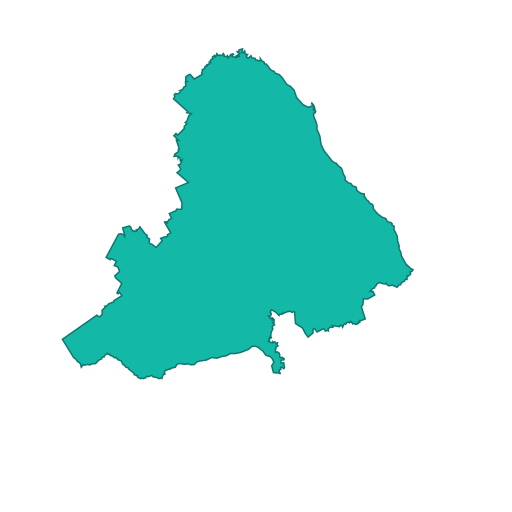 outline of Masterton District, Wellington, New Zealand, rotated 297°
{"feature_id": "76426892B14950908560920", "entity_name": "Masterton District", "entity_type": "district", "adm_level": 2, "iso_a3": "NZL", "parent_name": "New Zealand", "parent_adm1": "Wellington", "projection": "equal_earth", "projection_center": [175.891, -40.935], "detail": "fine", "context": "isolated", "style": "filled", "palette": "teal", "viewbox_px": 512, "rotation_deg": 297, "n_neighbors": 0, "source": "geoboundaries", "source_scale": "gbopen_adm2", "svg_char_len": 6138}
<svg xmlns="http://www.w3.org/2000/svg" viewBox="0 0 512 512"><g transform="rotate(297 256 256)"><path d="M433.9,170.2L432.2,171.1L431.1,170.2L431.1,168.0L430.3,167.1L431.7,165.4L430.7,162.2L432.2,160.6L429.2,159.5L428.6,158.6L429.6,156.6L431.7,157.0L431.0,154.9L433.6,152.8L431.2,152.1L431.0,151.0L434.4,150.0L432.1,147.4L430.0,147.7L429.6,146.5L428.9,147.4L429.2,149.7L427.4,149.0L426.3,150.5L425.5,149.7L426.3,148.2L425.1,147.5L425.2,149.1L423.7,147.9L422.8,144.0L423.7,143.6L425.4,144.5L425.7,143.7L424.3,142.2L419.9,141.3L421.5,139.5L420.2,139.1L419.4,136.9L420.8,136.3L421.5,134.9L420.0,134.8L418.5,133.7L418.5,132.0L417.3,131.1L418.5,129.3L414.9,129.6L414.7,128.9L415.8,128.0L413.5,126.8L412.1,128.1L411.0,126.9L409.0,126.6L407.8,127.9L407.4,126.3L405.6,127.2L404.2,125.4L403.0,126.1L402.9,125.3L401.2,124.5L400.0,125.4L397.6,123.5L396.2,124.5L394.7,124.3L393.4,125.5L385.6,120.6L387.9,115.0L387.2,113.9L383.9,112.1L379.8,114.0L380.0,115.3L378.9,114.2L375.3,116.4L374.0,115.1L370.9,115.0L369.0,113.2L369.1,114.0L367.1,113.9L364.7,112.6L364.3,110.6L362.6,109.9L361.3,111.3L358.6,111.1L353.7,129.6L352.3,129.2L353.5,133.8L350.5,132.4L345.0,133.2L342.8,132.3L342.3,134.4L338.8,133.2L337.2,134.2L328.1,131.4L328.9,129.1L325.9,128.2L323.9,134.5L323.1,132.4L316.6,139.0L315.8,138.3L313.8,139.5L309.9,137.4L307.5,137.8L309.0,140.1L309.0,141.5L308.0,142.1L309.0,142.1L309.4,143.2L306.4,145.5L308.1,146.5L303.6,147.0L301.8,145.4L299.6,149.2L297.9,149.4L294.4,147.8L290.8,162.4L280.1,153.5L269.7,166.0L263.8,168.6L261.7,164.0L260.0,164.1L254.4,159.5L251.2,163.7L248.7,161.8L247.2,162.0L246.2,161.2L245.3,162.0L244.9,161.6L245.4,159.4L244.7,159.1L237.9,169.5L234.7,167.4L233.9,168.1L232.2,167.4L231.6,165.9L228.4,163.0L227.1,165.5L218.2,163.1L219.2,158.1L218.9,155.8L219.5,154.7L222.8,153.5L223.1,150.3L225.0,149.7L225.4,147.1L229.3,139.3L226.7,139.2L225.1,137.6L225.0,138.3L224.0,138.3L223.2,137.4L223.2,136.0L222.1,135.6L223.3,132.8L224.9,131.3L225.3,129.6L220.5,124.4L214.6,129.9L213.7,130.2L215.0,128.2L214.4,125.3L212.9,123.6L186.6,123.1L186.5,127.8L188.0,127.8L187.9,134.1L183.1,134.0L183.6,137.8L180.3,141.5L174.2,139.2L172.8,140.8L170.7,148.8L159.9,148.9L159.8,150.4L161.7,150.9L159.8,154.5L151.6,149.6L150.2,150.0L148.7,148.2L147.6,147.9L147.0,146.7L143.9,145.7L142.6,144.1L142.1,145.0L137.7,143.5L134.2,145.5L131.2,144.5L130.5,143.3L131.1,141.1L93.9,121.3L82.7,139.7L82.3,142.4L80.9,144.9L80.4,148.5L77.6,150.8L80.7,151.5L81.0,153.0L82.9,155.1L83.6,157.5L85.5,158.9L87.3,161.9L91.6,163.1L94.3,165.2L95.8,164.6L97.1,166.5L99.0,166.4L102.0,167.9L101.2,169.0L102.0,170.4L101.1,171.5L101.7,172.2L101.1,176.4L102.1,177.2L100.9,180.0L101.4,183.4L98.8,186.9L99.1,188.3L97.9,190.4L98.3,192.9L97.5,193.7L96.3,200.1L94.9,201.4L95.6,204.7L94.6,205.0L94.2,206.4L94.4,209.0L95.3,209.9L95.7,211.5L97.5,213.0L99.1,213.0L99.4,214.7L102.2,217.2L101.6,219.2L102.9,223.5L102.5,224.9L104.1,226.6L104.0,227.7L108.0,227.2L109.5,228.5L110.7,227.2L112.5,227.1L115.5,229.5L115.9,230.8L117.5,231.3L120.2,234.6L123.7,234.8L125.7,237.1L127.0,241.4L129.2,244.6L129.5,247.4L131.4,250.4L134.5,251.2L136.7,253.3L140.6,258.9L145.4,262.6L147.2,267.6L151.4,271.6L153.5,274.8L157.6,277.6L159.4,281.4L163.3,286.3L169.5,291.8L173.6,293.4L175.5,296.8L175.6,299.1L174.3,305.7L172.0,309.8L172.8,314.5L171.8,317.3L169.3,320.2L165.3,319.8L160.0,324.5L162.3,330.0L161.9,331.4L164.1,328.8L165.1,328.5L166.3,329.6L167.8,328.5L168.7,329.0L168.3,331.9L169.6,332.0L173.6,329.0L171.9,327.3L173.2,326.0L174.6,325.8L176.2,328.0L177.2,327.8L177.6,325.3L176.5,324.3L176.7,323.1L179.0,321.8L180.3,320.1L180.1,318.1L179.1,317.5L179.3,316.9L181.5,315.7L182.6,315.9L183.6,314.9L185.9,316.4L186.7,314.7L189.2,314.7L187.1,314.1L188.1,311.6L187.0,311.0L187.3,309.9L186.4,310.3L185.9,309.5L185.6,305.9L186.6,306.5L187.7,305.3L190.2,306.8L190.5,306.6L189.7,305.1L191.6,305.5L194.1,304.3L198.9,304.0L200.4,302.5L203.2,303.7L203.9,302.5L204.0,300.4L204.6,302.3L207.4,301.1L207.7,300.4L206.5,300.3L206.2,299.4L208.2,299.2L208.1,298.1L206.7,297.3L208.2,294.4L208.8,296.0L209.6,296.2L211.7,295.8L212.4,294.1L215.2,294.3L214.9,299.4L213.4,303.5L214.8,303.3L215.6,305.3L217.2,305.5L216.6,305.9L220.5,309.1L222.3,311.7L222.1,313.7L223.7,314.9L223.6,315.7L213.7,321.9L213.0,330.1L209.3,335.2L207.4,339.3L213.2,341.7L216.7,340.2L218.0,340.9L216.0,345.0L221.7,348.9L222.0,349.5L220.6,352.0L222.3,353.6L222.2,354.5L224.0,353.4L226.3,354.5L227.5,356.9L228.7,355.6L230.9,362.4L232.7,362.6L232.8,364.4L231.9,365.5L235.2,365.3L236.0,366.0L235.8,366.9L237.8,366.9L238.9,368.5L238.8,369.5L240.5,369.6L240.8,370.5L240.1,370.8L240.4,371.6L239.4,373.0L240.6,374.2L240.2,375.6L241.0,376.1L240.8,376.7L242.6,377.9L243.6,377.2L244.1,378.5L245.7,377.7L245.9,378.7L249.5,381.9L258.8,372.8L261.1,373.4L266.6,371.2L268.4,375.0L275.2,379.5L277.6,376.3L276.7,375.3L277.5,374.6L276.7,373.7L280.1,374.8L281.3,376.2L283.0,375.7L284.0,376.5L286.1,376.3L288.5,378.3L289.1,382.3L289.8,383.9L290.8,384.4L289.6,386.5L290.0,388.4L291.9,390.4L292.2,395.9L295.2,396.6L295.9,397.8L298.7,397.9L300.9,399.7L302.9,399.6L303.7,401.2L307.0,399.6L307.3,401.0L310.2,402.0L311.9,400.5L313.1,401.9L315.1,402.1L315.1,399.5L316.5,394.7L316.1,394.5L322.2,385.4L325.2,383.2L327.3,380.2L330.0,379.0L333.8,375.3L337.8,372.8L342.4,366.7L345.1,365.7L345.6,362.9L346.6,362.6L347.1,360.6L346.3,359.1L346.5,357.0L348.3,354.7L347.8,350.6L348.8,345.2L351.1,339.5L354.0,337.5L354.9,336.0L354.7,333.1L355.9,331.5L356.2,329.2L358.6,325.2L360.5,324.2L359.5,321.6L359.8,317.5L360.6,315.7L362.9,314.0L362.3,310.1L363.7,307.6L363.1,305.3L364.0,301.2L367.0,299.3L369.1,296.0L371.3,294.3L373.2,291.8L373.5,289.0L375.1,285.2L374.7,284.4L375.2,280.6L380.7,268.8L384.8,263.4L391.9,258.4L396.6,252.7L399.5,251.4L402.4,249.0L406.8,243.8L409.4,242.6L410.5,243.8L412.1,243.4L412.9,242.3L412.0,241.6L412.5,240.7L415.9,239.3L413.9,241.3L414.4,241.3L416.5,238.9L417.6,236.4L416.9,236.5L416.2,238.1L415.4,238.0L412.2,235.1L412.2,229.2L415.6,220.2L421.0,214.7L422.8,209.7L422.8,205.7L426.7,198.6L428.2,194.3L427.6,190.2L428.9,187.8L428.3,187.1L428.7,184.3L431.7,178.2L431.1,176.3L432.5,175.1L432.5,172.5L433.9,170.2Z" fill="#14b8a6" stroke="#0f766e" stroke-width="1.5"/></g></svg>